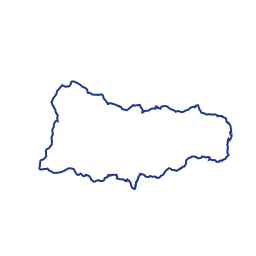 Dragomiresti, Maramures, Romania, rotated 70°
{"feature_id": "2599482B97078455585458", "entity_name": "Dragomiresti", "entity_type": "district", "adm_level": 2, "iso_a3": "ROU", "parent_name": "Romania", "parent_adm1": "Maramures", "projection": "equal_earth", "projection_center": [24.279, 47.603], "detail": "fine", "context": "isolated", "style": "outline", "palette": "blue", "viewbox_px": 256, "rotation_deg": 70, "n_neighbors": 0, "source": "geoboundaries", "source_scale": "gbopen_adm2", "svg_char_len": 5833}
<svg xmlns="http://www.w3.org/2000/svg" viewBox="0 0 256 256"><g transform="rotate(70 128 128)"><path d="M148.5,192.9L150.0,192.9L154.3,191.9L155.0,191.0L155.2,190.4L155.1,189.5L154.6,188.6L154.6,188.2L154.8,187.8L156.7,187.1L158.1,186.4L158.3,184.2L158.0,183.9L157.6,183.8L157.6,183.5L157.8,183.1L158.6,182.4L159.4,181.2L162.3,180.2L164.1,180.3L164.7,179.8L167.0,178.3L167.1,177.7L166.7,175.3L166.9,173.7L167.2,173.1L168.1,172.8L168.2,172.7L168.8,170.9L169.1,169.0L168.9,168.4L168.4,167.9L167.2,167.2L167.0,165.8L167.0,165.4L167.4,164.9L167.3,164.6L166.5,163.6L165.7,162.9L166.2,162.7L166.3,162.4L166.5,162.2L165.9,161.5L166.0,161.3L166.3,161.1L166.2,160.5L166.5,160.5L166.7,160.3L166.9,159.0L166.7,158.5L167.3,156.7L168.0,155.5L168.1,154.7L168.4,154.6L169.1,155.1L171.0,154.9L171.5,155.0L171.7,155.5L172.9,153.9L174.4,151.0L174.6,150.2L175.0,149.5L176.8,148.7L177.0,148.4L176.9,148.0L177.4,147.8L177.3,147.3L176.2,146.9L176.0,146.4L177.0,146.1L177.4,145.1L177.8,144.9L178.5,145.0L179.1,144.8L180.2,144.4L181.3,144.4L183.2,144.8L184.4,144.6L184.9,144.4L185.6,144.5L186.7,143.7L187.6,142.6L187.2,141.9L185.9,141.5L185.8,141.0L185.0,140.4L184.2,140.6L184.0,140.0L183.0,139.7L182.1,138.9L181.4,138.8L181.3,138.6L181.5,138.4L181.5,138.0L180.9,137.4L180.1,137.2L179.8,136.3L179.1,135.7L177.9,135.6L177.5,134.5L176.5,133.6L176.2,132.7L175.3,132.5L175.3,131.9L176.5,130.5L176.6,130.0L177.7,128.8L178.2,128.4L179.3,128.4L180.4,126.9L181.2,125.3L180.8,124.5L180.8,123.2L182.1,122.1L182.8,119.3L183.6,118.6L184.5,118.3L184.4,117.6L185.4,116.4L185.4,116.0L185.4,115.2L184.6,114.2L184.1,113.2L184.2,111.9L183.9,110.8L182.2,108.7L180.7,106.3L180.1,104.2L179.8,103.5L180.0,102.8L180.8,101.9L182.4,101.1L182.8,100.2L183.6,98.9L183.9,97.8L184.7,97.3L184.6,96.6L184.9,96.1L184.1,93.7L183.8,93.2L183.9,92.4L184.2,92.4L184.1,92.0L183.5,90.6L183.0,90.0L183.4,88.9L183.4,88.0L181.4,85.8L180.1,85.1L178.7,84.7L178.3,84.4L177.1,81.8L177.2,81.0L177.0,80.2L177.2,79.3L176.8,78.5L176.8,77.4L177.3,75.7L178.2,74.8L178.3,74.2L179.6,73.3L179.9,72.8L180.4,72.6L180.9,70.7L180.9,68.9L180.5,68.6L180.5,68.3L180.2,68.2L180.7,67.3L180.7,66.7L182.4,64.9L182.5,64.5L182.4,63.2L182.9,62.4L183.3,61.4L184.3,61.6L185.5,62.6L185.5,61.9L185.9,61.3L186.0,60.7L187.3,59.5L187.3,58.8L187.6,57.8L188.0,57.5L188.3,56.9L189.7,56.5L190.1,56.4L190.3,56.1L190.3,55.7L190.5,55.2L190.5,54.7L190.8,53.8L190.2,53.1L190.1,52.3L190.9,51.4L190.8,50.6L190.3,50.1L190.6,49.7L190.5,49.1L190.2,48.4L190.3,48.2L190.3,47.4L190.1,46.6L189.1,45.7L189.1,45.2L188.1,43.8L187.8,42.7L186.3,42.7L185.4,43.1L182.4,41.9L181.4,41.4L181.1,41.0L180.8,41.1L179.9,40.6L177.5,40.5L176.9,39.8L176.2,39.3L175.3,39.3L174.5,38.5L173.0,37.8L172.6,37.3L174.4,37.1L174.3,36.6L173.5,35.7L173.3,35.3L172.9,35.1L171.5,33.6L171.0,33.5L170.6,33.1L170.1,33.1L169.3,33.9L167.3,33.7L166.9,33.5L166.6,32.8L167.0,32.4L166.2,32.3L165.0,31.7L163.5,31.6L161.5,31.0L160.0,31.0L158.9,31.5L157.6,31.7L157.7,32.0L157.5,32.4L156.1,33.2L154.5,32.9L152.3,32.8L149.9,35.3L149.7,35.2L149.1,36.1L148.7,36.0L147.9,38.1L147.9,38.5L147.6,38.8L147.6,39.1L147.4,39.1L147.4,39.9L146.5,40.0L144.9,41.4L144.4,44.0L143.9,44.6L143.9,45.1L143.3,45.6L142.9,47.2L142.5,47.8L142.6,48.0L142.3,49.3L141.4,50.5L140.1,51.5L138.9,53.7L137.5,54.0L136.4,54.0L135.8,54.3L134.5,54.5L130.6,54.3L130.2,56.5L131.0,57.0L131.4,58.2L130.7,58.6L130.5,58.9L130.3,60.0L130.3,61.9L130.4,62.7L131.1,63.9L131.4,64.9L131.3,67.5L131.7,70.0L131.5,72.2L131.3,72.6L130.4,73.3L129.3,75.0L129.0,76.0L129.1,76.5L129.0,76.9L129.1,77.6L128.4,77.8L126.4,79.5L125.1,81.2L123.0,82.9L121.4,83.7L120.4,84.9L119.6,86.7L119.4,88.4L119.5,89.5L119.9,89.7L120.9,91.0L120.5,91.4L119.9,92.4L119.3,92.6L119.3,92.8L118.9,92.7L118.7,92.8L119.0,93.3L118.7,93.7L118.2,93.9L117.8,93.8L117.5,94.2L118.1,94.3L118.2,94.8L117.8,94.7L117.8,94.9L118.3,95.3L118.4,94.5L118.5,94.5L119.2,95.6L119.2,95.9L118.4,97.1L117.8,99.7L118.3,101.0L118.2,101.4L118.7,102.7L118.2,104.5L117.7,106.7L118.1,107.6L118.3,108.5L118.3,109.2L116.7,108.2L115.8,108.1L111.8,109.0L110.3,109.0L110.1,109.9L110.2,110.4L109.6,111.9L109.3,114.1L109.1,114.6L108.5,114.9L108.2,115.5L108.6,116.0L109.5,118.9L110.2,120.5L110.7,122.3L110.8,123.3L108.7,126.2L108.3,127.1L106.1,127.3L105.2,128.3L104.9,128.3L104.8,128.8L104.4,128.9L104.5,129.3L104.2,129.6L102.6,130.8L100.7,133.2L100.1,134.2L99.3,134.9L99.0,135.7L98.0,137.6L98.0,137.8L98.6,138.1L98.5,138.9L97.9,138.9L97.9,138.6L98.3,138.3L98.1,138.1L97.8,138.3L97.4,138.9L95.7,139.3L92.5,140.5L91.3,140.7L90.6,140.5L88.8,140.5L87.8,140.8L87.3,141.4L87.2,143.2L86.5,144.3L86.6,145.2L85.5,147.2L84.6,149.8L83.6,150.7L83.0,151.0L81.9,151.8L81.7,152.2L81.6,153.1L81.5,153.5L80.9,153.7L77.9,153.3L76.8,153.7L75.7,154.7L74.9,155.1L74.6,155.5L74.5,155.9L74.0,156.5L70.8,158.2L67.9,160.7L65.8,163.0L65.1,164.6L65.2,165.3L65.4,165.6L67.7,167.2L68.2,168.1L68.8,169.5L68.1,170.5L68.1,171.8L68.0,172.5L66.7,173.7L65.9,174.8L65.4,175.0L66.1,176.8L66.9,177.9L67.5,179.4L68.3,180.3L68.4,181.0L69.1,182.1L71.4,183.5L71.9,184.0L74.6,188.1L75.7,189.0L77.4,190.8L77.5,191.1L78.5,190.9L79.3,191.1L80.6,191.1L81.7,190.9L82.2,190.5L83.2,190.6L85.6,190.1L86.5,190.1L87.9,190.5L89.4,190.4L89.8,190.4L90.2,189.9L90.9,190.1L92.0,189.7L92.3,189.8L93.7,190.7L94.4,191.0L96.5,191.6L97.4,191.7L97.0,192.1L96.8,192.7L96.9,193.6L97.6,194.8L98.8,196.1L101.5,197.4L103.6,199.5L105.9,200.5L107.2,200.4L107.9,200.5L110.6,203.1L114.3,203.9L117.8,205.5L118.1,205.9L118.4,207.0L118.8,207.7L119.8,208.7L120.1,211.4L121.0,212.9L126.9,214.6L128.6,218.2L128.4,220.4L128.7,221.5L133.7,223.9L135.4,225.0L136.4,224.9L136.8,224.7L137.5,223.5L137.7,222.7L137.6,221.8L138.6,218.5L138.6,217.4L140.7,216.9L143.0,214.6L144.3,213.7L145.1,212.3L145.4,211.2L145.8,210.4L145.9,209.3L146.2,208.6L146.5,205.3L146.5,203.3L145.8,199.4L145.6,197.6L146.5,195.4L147.1,194.3L147.9,193.2L148.5,192.9Z" fill="none" stroke="#1e3a8a" stroke-width="2"/></g></svg>